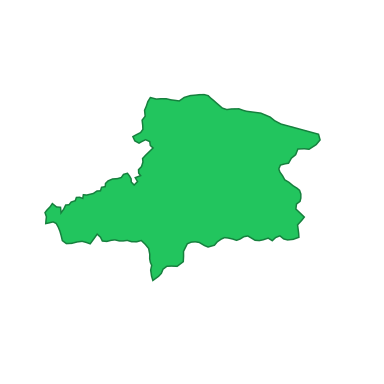 Senador Canedo, Goiás, Brazil (orthographic projection), rotated 53°
{"feature_id": "56859067B2348213586341", "entity_name": "Senador Canedo", "entity_type": "district", "adm_level": 2, "iso_a3": "BRA", "parent_name": "Brazil", "parent_adm1": "Goiás", "projection": "orthographic", "projection_center": [-49.113, -16.713], "detail": "fine", "context": "isolated", "style": "filled", "palette": "green", "viewbox_px": 384, "rotation_deg": 53, "n_neighbors": 0, "source": "geoboundaries", "source_scale": "gbopen_adm2", "svg_char_len": 2466}
<svg xmlns="http://www.w3.org/2000/svg" viewBox="0 0 384 384"><g transform="rotate(53 192 192)"><path d="M135.4,319.4L139.3,319.9L143.9,321.1L148.0,322.7L152.8,324.8L157.6,323.4L160.6,319.0L162.8,313.7L165.3,309.4L168.5,306.9L172.1,304.5L170.4,298.8L168.6,293.1L173.0,292.3L177.2,293.1L180.2,289.8L181.9,285.7L183.8,282.4L187.3,279.5L189.6,276.5L191.7,272.8L195.3,270.2L198.5,266.1L200.2,261.7L205.7,260.8L211.0,260.6L216.3,263.2L219.9,266.0L223.2,267.6L226.3,268.3L229.5,272.0L234.8,274.9L239.1,276.5L239.2,269.4L238.5,265.4L236.2,261.6L236.2,256.8L238.7,253.1L242.4,248.6L242.4,240.9L238.1,237.3L234.3,234.5L232.6,231.1L230.5,226.9L231.6,222.7L233.8,219.3L236.6,216.6L242.2,214.3L245.6,212.3L248.0,206.1L247.0,201.8L247.2,197.0L248.0,193.5L250.4,190.9L254.2,187.7L257.4,185.5L258.5,181.9L258.9,177.5L260.7,173.9L264.5,172.3L268.5,170.7L271.3,167.5L273.0,163.9L274.7,158.9L279.2,157.2L278.7,152.6L279.9,148.2L284.7,147.0L287.8,144.5L290.7,139.7L292.5,133.9L289.2,131.7L281.8,127.5L280.7,121.5L279.6,117.4L275.1,118.1L268.1,119.3L264.5,115.8L264.5,111.4L262.4,108.8L259.1,106.3L255.4,105.1L252.3,105.8L247.9,107.5L242.5,108.8L238.1,110.6L233.4,109.9L229.0,109.8L225.8,108.8L223.7,105.2L225.4,100.9L227.1,97.6L224.8,92.3L224.6,86.8L221.4,81.6L225.1,76.2L228.3,72.8L228.9,64.3L227.5,58.4L222.0,56.2L191.2,80.1L184.8,83.1L179.2,84.5L170.4,89.6L160.3,99.9L157.6,102.0L153.8,104.5L149.5,110.4L147.1,114.6L143.2,117.3L139.4,118.1L135.3,119.0L131.7,119.7L128.1,120.6L124.8,121.1L121.6,123.6L118.7,127.6L116.8,130.8L114.0,135.3L111.8,141.3L111.6,147.4L109.0,150.0L105.8,153.3L102.1,156.4L98.8,160.7L96.3,164.6L91.5,168.4L93.2,172.8L95.9,176.7L98.2,180.7L103.3,183.8L104.6,188.6L109.2,191.3L112.4,193.5L113.6,197.3L112.7,202.3L112.2,205.9L116.8,206.9L121.1,204.9L121.5,201.6L122.3,197.6L126.3,195.4L129.8,197.3L133.4,196.6L134.1,202.1L134.7,206.9L135.5,211.3L138.5,213.1L141.3,217.0L142.0,221.3L144.8,223.2L148.0,223.2L146.4,228.7L150.9,229.2L151.6,234.0L147.5,234.5L144.8,232.7L141.6,232.3L138.2,232.3L136.7,236.1L137.9,239.7L136.5,243.4L133.8,247.6L132.6,252.4L133.1,255.9L135.5,258.1L133.8,261.4L136.0,264.4L134.0,267.3L133.8,271.7L131.1,277.9L128.8,280.4L131.4,283.1L128.6,284.9L126.8,287.6L128.7,290.5L127.3,294.6L128.2,297.8L126.4,300.7L128.5,304.8L129.9,309.2L125.1,306.2L122.4,309.2L117.2,310.5L118.4,314.1L119.1,318.6L120.0,321.8L124.2,323.2L126.6,325.5L129.2,327.8L130.8,324.4L132.3,320.9L135.4,319.4Z" fill="#22c55e" stroke="#15803d" stroke-width="1.5"/></g></svg>